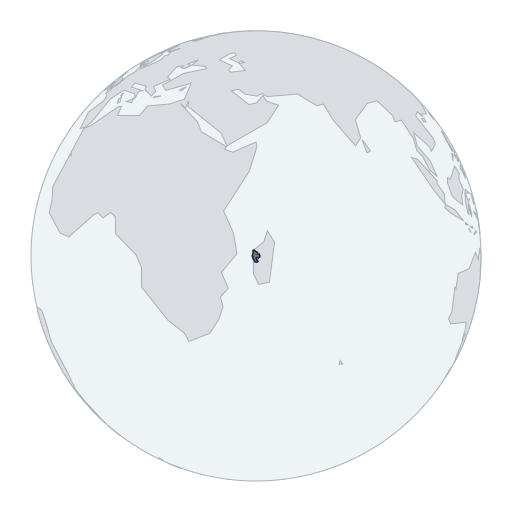 Melaky on an orthographic globe, rotated 348°
{"feature_id": "MDG-5876", "entity_name": "Melaky", "entity_type": "Autonomous Province", "adm_level": 1, "iso_a3": "MDG", "parent_name": "Madagascar", "parent_adm1": "", "projection": "orthographic", "projection_center": [44.925, -17.742], "detail": "fine", "context": "on_globe", "style": "filled", "palette": "slate", "viewbox_px": 512, "rotation_deg": 348, "n_neighbors": 0, "source": "natural_earth", "source_scale": "10m", "svg_char_len": 7508}
<svg xmlns="http://www.w3.org/2000/svg" viewBox="0 0 512 512"><g transform="rotate(348 256 256)"><circle cx="256" cy="256" r="225" fill="#eef3f6" stroke="#a8b0b8"/><path d="M30.8,263.4L31.9,260.7L35.0,264.8L36.8,277.8L37.9,297.0L47.6,331.6L51.8,349.1L58.8,363.0L72.3,385.8L73.7,388.3L64.4,374.4L56.1,359.8L48.9,344.7L42.9,329.1L38.1,313.1L34.4,296.7L32.0,280.1L30.8,263.4ZM75.7,391.1L79.6,396.0L85.6,403.3L86.2,404.1L75.7,391.1ZM127.3,440.9L129.4,442.3L130.5,443.1L127.3,440.9ZM137.2,447.4L130.7,443.2L133.7,444.7L138.9,448.3L138.2,448.0L137.2,447.4ZM122.3,436.5L118.4,433.0L119.3,433.4L122.2,436.0L122.3,436.5ZM291.7,33.6L295.9,34.3L296.2,34.8L298.0,35.1L298.8,34.9L293.6,33.9L309.9,37.3L325.9,41.8L341.5,47.6L356.6,54.4L371.2,62.4L385.2,71.4L398.4,81.5L410.9,92.4L422.6,104.3L423.0,104.9L427.9,110.5L429.4,112.1L431.8,115.1L433.8,117.9L442.8,130.1L449.2,140.7L452.3,152.3L447.4,151.6L448.2,154.7L443.5,148.3L441.4,152.1L453.6,177.3L454.8,183.4L449.4,190.2L448.5,185.4L435.9,168.1L436.6,182.0L446.2,199.2L449.7,216.1L443.6,207.8L439.7,192.9L435.2,186.4L434.3,173.7L426.4,153.3L420.1,153.7L418.5,146.5L406.7,129.4L396.4,129.9L381.5,143.4L382.9,162.1L376.3,169.0L359.7,139.0L353.5,121.3L346.8,121.7L330.4,106.2L299.8,102.4L296.2,98.3L290.3,99.8L278.9,95.4L273.6,89.1L266.4,89.4L280.6,106.4L288.5,106.4L296.0,100.3L298.4,106.7L309.5,113.2L294.7,127.9L250.5,142.1L247.4,128.4L220.5,95.5L222.0,91.9L221.9,91.5L221.7,90.8L217.9,96.7L213.7,91.1L226.7,112.6L228.3,123.0L249.8,142.9L247.5,145.2L254.8,149.6L279.7,144.5L279.6,149.3L267.0,171.8L233.6,205.4L238.8,228.8L237.8,249.8L218.7,265.0L222.2,281.9L212.6,288.7L213.2,298.7L206.5,310.2L194.7,322.0L172.7,325.6L169.8,316.4L156.6,300.6L137.6,262.6L141.6,243.4L139.0,230.2L123.2,204.7L126.6,188.4L122.7,183.1L114.5,186.9L110.3,180.8L105.5,182.1L76.8,198.4L69.2,192.9L62.7,170.8L68.6,157.7L71.6,146.0L114.2,95.4L121.1,94.2L152.2,81.4L155.7,81.6L149.7,89.7L171.2,94.5L180.9,86.7L202.7,89.3L218.6,87.8L228.5,73.5L202.3,75.3L200.1,69.4L222.9,62.4L246.1,62.4L246.0,60.2L233.2,55.8L240.5,52.1L229.1,54.2L232.3,56.1L225.2,57.8L221.8,56.3L224.5,54.8L218.1,54.4L206.8,62.5L208.8,65.3L190.8,68.9L192.4,74.1L186.8,77.6L181.9,70.1L183.9,66.9L173.2,61.6L169.5,65.0L179.3,70.6L175.4,70.7L170.4,76.5L171.1,72.2L161.3,66.3L146.3,72.1L123.7,90.3L115.7,94.5L110.5,94.8L122.2,80.3L138.9,72.8L143.2,68.6L142.9,65.4L148.0,63.7L149.8,61.9L156.4,59.4L168.6,53.0L175.8,50.8L183.4,45.8L188.1,44.3L182.3,47.5L182.0,48.9L200.1,45.4L204.4,43.9L207.9,41.3L212.5,41.1L213.5,39.0L225.3,37.1L211.9,38.1L215.7,36.1L224.3,34.1L223.1,33.9L209.0,37.3L205.6,38.6L206.5,39.3L195.0,44.4L188.2,46.4L191.1,42.5L181.7,45.2L188.0,41.9L222.2,33.3L235.1,31.7L250.2,31.6L245.6,32.2L237.8,32.4L242.3,33.4L243.2,32.7L247.0,32.9L251.6,31.9L254.4,32.0L253.9,31.2L257.9,31.3L258.2,31.8L268.4,31.4L277.6,32.1L278.5,32.1L276.9,31.8L289.6,33.5L289.7,33.4L285.6,32.7L283.2,32.4L291.7,33.6ZM97.2,116.8L95.4,120.3L97.2,116.8ZM269.3,70.9L284.1,72.3L279.7,64.2L285.0,64.3L281.6,61.8L279.3,63.6L271.2,57.3L278.4,55.8L277.8,53.0L272.8,52.5L260.9,56.5L272.4,65.2L268.0,68.1L269.3,70.9ZM153.8,56.1L155.1,55.9L151.1,58.4L142.1,62.9L147.7,59.2L153.8,56.1ZM157.8,55.4L163.1,51.2L169.0,48.8L164.8,50.8L168.1,49.6L162.3,52.5L162.6,55.0L159.1,57.4L144.3,63.4L151.1,59.8L149.4,59.9L157.8,55.4ZM161.2,77.9L164.1,77.5L169.1,76.2L166.1,80.2L161.2,77.9ZM154.2,73.8L157.1,72.7L155.2,77.0L152.1,77.7L154.2,73.8ZM160.3,68.8L157.4,72.3L157.1,70.8L160.3,68.8ZM185.1,46.6L188.4,45.6L188.1,46.1L185.6,47.4L185.1,46.6ZM223.1,76.0L217.6,78.9L215.6,77.8L217.9,77.0L223.1,76.0ZM189.8,78.8L196.7,79.7L188.9,79.9L189.8,78.8ZM316.6,375.6L318.4,379.5L314.8,379.3L316.6,375.6ZM277.0,246.4L263.7,284.3L252.8,284.4L249.9,273.0L254.2,250.0L266.6,243.7L272.4,233.8L277.0,246.4ZM469.6,273.0L471.1,276.6L470.9,277.6L469.6,273.0ZM468.1,266.8L470.3,270.0L467.4,268.5L468.1,266.8ZM471.0,271.3L473.2,272.4L474.1,272.1L473.7,274.0L471.0,271.3ZM466.5,264.9L455.5,254.5L450.6,248.0L452.2,245.1L460.2,252.2L466.5,264.9ZM451.8,244.7L443.6,228.6L428.7,191.9L434.1,194.8L448.9,220.2L448.1,222.8L453.1,234.4L451.8,244.7ZM469.7,239.9L468.8,249.0L463.2,242.4L460.4,238.3L458.5,224.4L459.6,219.2L462.1,221.4L468.9,209.3L471.9,217.2L470.4,223.2L472.6,233.8L469.7,239.9ZM384.0,164.1L389.8,177.1L385.9,178.0L384.0,164.1ZM469.7,199.0L468.3,204.1L468.9,195.8L469.7,199.0ZM468.8,190.3L470.0,194.8L468.0,189.2L468.8,190.3ZM450.1,160.2L447.6,159.1L446.5,156.1L449.1,156.0L450.1,160.2ZM454.1,149.9L457.7,157.8L458.6,160.1L455.6,154.2L454.1,149.9ZM269.4,31.1L272.2,31.3L263.9,30.9L264.0,30.9L269.4,31.1ZM416.2,413.4L424.3,404.8L421.7,408.4L416.0,414.2L416.2,413.4ZM428.6,400.8L427.5,401.7L431.0,397.3L429.5,398.6L432.6,393.5L441.6,380.4L439.8,381.7L444.9,375.4L440.8,379.8L445.7,371.0L447.7,364.4L432.4,362.9L431.2,357.3L436.1,351.3L444.1,327.8L444.9,329.3L450.1,315.1L461.8,312.6L471.5,298.1L472.7,305.3L476.8,294.4L476.4,301.9L473.6,312.2L469.7,327.3L470.6,324.7L464.6,341.1L457.3,357.1L448.9,372.4L439.3,387.0L428.6,400.8ZM473.3,280.7L476.1,276.9L476.9,278.4L473.3,280.7ZM480.3,276.8L480.6,269.1L480.7,263.0L481.1,262.8L480.6,254.2L481.2,257.8L480.9,269.2L480.9,268.4L480.3,276.8ZM480.0,278.0L480.0,279.0L479.6,280.9L480.0,278.0ZM478.8,258.3L478.6,260.6L478.2,257.2L478.8,258.3ZM479.4,258.5L480.2,265.6L479.2,260.3L479.4,258.5ZM473.9,237.6L474.5,244.7L476.7,244.5L475.0,247.2L475.8,259.6L475.0,262.5L474.4,249.3L473.1,259.6L472.1,257.8L472.1,247.4L473.5,237.5L474.5,234.4L478.0,239.1L473.9,237.6ZM479.7,251.2L479.3,243.2L479.4,239.5L479.9,244.3L479.7,251.2ZM477.1,223.8L474.8,213.4L473.8,213.8L475.0,208.4L477.1,219.2L477.1,223.8ZM473.6,204.9L472.7,205.1L473.0,201.5L473.6,204.9ZM471.9,202.0L470.8,196.6L472.0,199.2L471.9,202.0ZM474.3,206.4L472.8,198.1L474.3,204.2L474.3,206.4ZM467.5,184.6L472.0,196.8L467.9,188.2L463.1,171.9L464.5,173.7L467.5,184.6Z" fill="#d9dde1" stroke="#a8b0b8" stroke-width="1"/><path d="M253.6,261.5L253.5,261.4L253.4,261.3L253.4,261.2L253.4,260.9L253.5,260.8L253.5,260.6L253.5,260.4L253.5,260.2L253.4,259.9L253.2,259.4L253.0,259.0L252.7,258.7L252.7,257.8L252.6,257.0L252.5,256.8L252.7,256.3L252.7,256.1L252.5,255.8L252.3,255.5L252.2,255.4L252.2,255.2L252.3,255.0L252.3,254.9L252.5,254.6L252.6,254.4L253.0,253.8L253.1,253.7L253.3,253.3L253.4,253.0L253.4,252.9L253.5,252.8L253.6,252.7L253.8,252.4L253.9,252.2L254.0,252.1L254.1,251.9L254.2,251.7L254.1,251.4L254.3,251.2L254.2,251.0L254.1,250.7L254.0,250.4L254.2,250.2L254.2,249.9L254.3,249.9L254.5,249.8L255.4,249.9L255.5,249.9L255.6,250.0L255.8,250.0L256.1,250.3L256.1,250.8L256.4,251.2L256.8,251.6L257.2,251.8L257.3,252.1L257.6,252.5L258.0,252.6L258.2,253.0L258.1,253.4L258.3,254.4L258.5,254.8L258.8,254.8L259.2,254.7L259.6,254.8L259.6,255.1L259.4,255.3L259.5,255.6L259.7,255.9L259.9,256.3L259.8,256.5L259.8,256.8L259.7,256.9L259.6,257.0L259.5,257.3L259.5,257.5L259.4,257.6L259.3,257.9L259.2,258.0L258.9,258.0L258.7,257.9L258.5,258.0L258.4,258.1L258.2,258.3L258.2,258.2L257.9,258.1L257.7,258.2L257.4,258.0L257.3,257.9L257.2,257.9L256.9,257.9L256.8,258.0L256.7,258.0L256.7,257.9L256.4,257.8L256.2,257.9L256.2,258.0L255.9,258.1L255.7,258.3L255.6,258.5L255.8,258.8L255.9,259.0L256.0,259.5L256.1,259.8L256.2,260.0L256.3,260.1L256.3,260.3L256.3,260.5L256.2,260.6L256.3,260.7L256.4,260.8L256.4,261.1L256.5,261.1L256.5,261.3L256.4,261.4L256.4,261.5L256.5,261.6L256.7,261.8L256.4,262.0L256.3,261.9L256.2,261.9L255.9,262.0L255.7,262.2L255.4,262.1L255.2,262.0L254.9,262.0L254.7,262.0L254.6,261.9L254.4,261.7L254.2,261.6L253.9,261.6L253.7,261.5L253.6,261.5Z" fill="#64748b" stroke="#1e293b" stroke-width="1.5"/></g></svg>